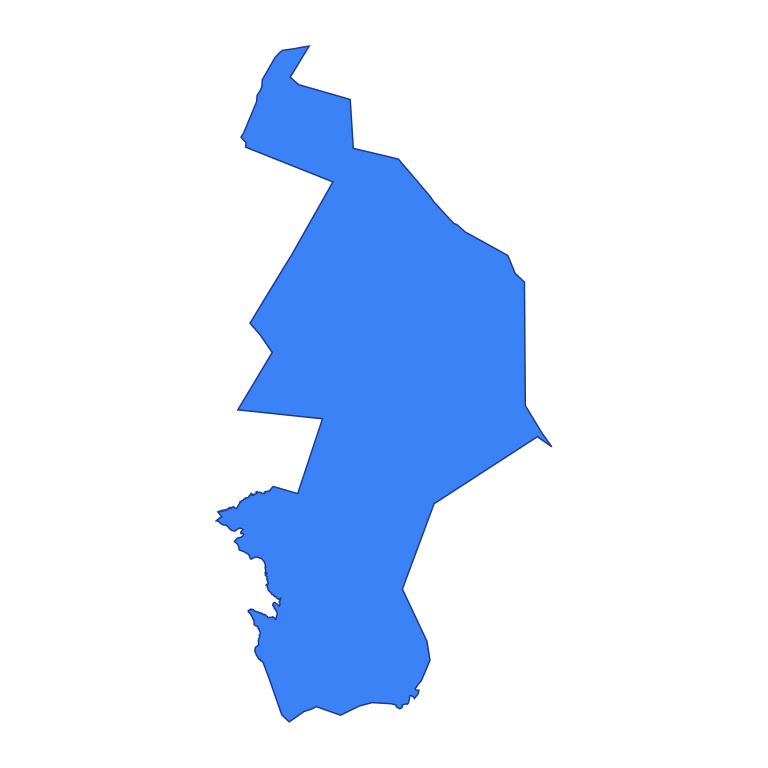 the district of Magdalena Tequisistlán, Oaxaca, Mexico
{"feature_id": "50627088B13357579545804", "entity_name": "Magdalena Tequisistlán", "entity_type": "district", "adm_level": 2, "iso_a3": "MEX", "parent_name": "Mexico", "parent_adm1": "Oaxaca", "projection": "robinson", "projection_center": [-95.732, 16.362], "detail": "fine", "context": "isolated", "style": "filled", "palette": "blue", "viewbox_px": 768, "rotation_deg": 0, "n_neighbors": 0, "source": "geoboundaries", "source_scale": "gbopen_adm2", "svg_char_len": 5863}
<svg xmlns="http://www.w3.org/2000/svg" viewBox="0 0 768 768"><path d="M289.2,721.9L304.0,711.5L312.0,708.9L316.2,706.6L340.5,715.2L359.6,705.9L372.1,702.6L390.6,703.7L395.7,704.8L395.8,705.2L396.3,706.7L399.9,708.8L402.2,707.3L402.2,705.1L405.7,703.9L407.5,704.2L408.4,702.9L409.5,698.6L409.7,696.0L410.8,695.5L413.2,696.8L414.5,698.5L418.0,694.0L419.0,690.3L416.2,690.1L415.1,688.9L418.2,684.4L421.2,680.9L424.8,672.6L430.0,660.3L426.9,641.1L421.5,629.7L402.4,589.1L434.1,503.7L495.9,463.6L537.4,436.7L551.8,446.8L542.3,433.5L525.3,405.6L525.3,403.1L524.5,288.2L524.5,283.5L524.5,282.2L518.4,276.4L515.0,273.2L513.4,269.1L507.8,255.5L478.0,239.0L465.4,232.1L456.7,224.5L453.9,223.5L446.7,215.9L433.9,201.9L430.2,196.5L398.4,159.1L364.5,151.0L356.0,149.0L353.3,148.4L350.5,104.1L350.2,99.5L341.6,97.0L298.7,84.7L290.2,77.2L306.1,51.1L309.2,46.1L306.0,46.6L302.3,47.1L294.9,48.6L282.5,50.4L281.7,51.1L279.7,52.5L275.0,57.6L262.3,79.7L261.8,86.9L260.1,90.7L257.1,95.4L256.6,101.7L251.9,113.1L243.8,132.6L241.0,137.2L246.1,142.8L245.6,147.1L253.7,150.4L332.9,181.9L292.0,254.3L276.7,279.2L250.0,323.2L258.5,333.0L260.0,334.7L262.1,337.7L272.2,352.5L237.8,409.9L243.0,410.4L322.5,418.8L297.7,493.6L273.2,486.5L271.9,487.8L269.3,491.2L267.9,491.2L265.6,491.6L264.8,492.0L265.5,492.5L264.3,493.5L263.6,493.3L262.0,493.6L261.6,492.9L260.1,492.3L259.1,492.2L258.0,492.5L257.6,492.1L257.0,491.5L256.0,492.1L256.3,492.7L256.6,493.5L255.5,494.1L253.5,494.3L253.7,495.1L252.9,495.4L252.0,495.3L251.9,494.3L251.3,493.4L250.3,494.3L249.7,495.8L249.0,496.1L248.7,497.2L247.6,497.7L246.6,497.9L246.0,498.3L245.8,497.9L245.3,498.1L244.8,499.1L243.7,499.2L243.1,500.3L242.2,500.6L241.3,501.0L241.1,501.9L240.0,501.8L239.9,502.7L239.2,503.9L238.2,505.6L236.6,508.5L236.3,508.4L235.5,508.2L234.4,507.8L233.6,506.6L233.2,506.9L232.7,507.2L232.0,507.2L231.6,507.8L231.2,507.9L231.0,508.4L230.5,508.2L230.1,507.6L229.3,507.5L229.2,508.3L228.2,508.6L228.1,509.2L227.6,509.0L227.1,509.3L226.6,509.8L226.1,509.9L225.8,510.6L225.2,510.4L225.2,510.0L224.2,509.8L223.5,510.1L222.9,511.0L222.3,510.7L222.0,510.9L221.7,510.4L221.0,510.7L221.0,511.3L220.0,511.7L219.6,511.1L218.9,511.3L218.7,511.9L217.9,512.0L221.7,516.8L220.5,517.5L219.4,518.1L216.2,520.8L218.3,521.2L219.7,522.5L221.2,523.9L223.5,525.1L225.6,524.9L227.9,526.6L229.2,528.3L230.8,529.9L233.1,530.8L235.3,531.0L237.0,529.4L238.7,528.3L240.7,528.2L242.3,528.9L242.9,529.8L241.8,530.8L241.0,531.8L240.7,532.4L240.7,533.0L240.9,533.3L241.2,533.7L241.6,533.7L242.1,533.5L242.7,533.4L243.4,533.7L243.7,534.4L243.2,535.4L242.3,536.4L241.1,537.1L240.0,537.5L239.0,537.7L238.1,537.9L237.2,538.2L236.5,539.1L236.0,539.7L235.6,540.2L235.1,540.8L234.5,541.2L234.5,541.5L234.9,542.0L235.7,542.5L237.2,543.8L237.9,544.9L238.5,546.2L238.8,547.8L239.1,549.5L239.7,550.2L242.3,551.0L243.8,551.6L248.5,554.4L249.3,555.8L249.7,557.1L250.2,558.3L250.9,559.0L251.4,559.1L252.2,558.7L253.0,558.2L253.9,557.7L254.8,557.3L255.7,557.0L257.5,557.2L258.9,557.7L260.0,558.1L261.3,558.6L262.1,559.1L262.7,560.0L263.3,560.7L264.1,561.4L264.3,561.5L264.5,562.5L265.1,564.1L265.3,565.2L265.3,566.0L265.4,566.4L265.6,566.6L266.0,567.0L265.8,567.3L265.4,567.2L265.2,567.1L265.1,567.4L265.1,567.7L265.2,568.0L265.3,568.6L265.4,569.2L265.5,569.8L265.6,570.6L265.6,571.1L265.7,571.6L265.6,572.0L265.2,572.4L265.1,572.6L265.0,573.0L265.7,573.2L266.1,573.2L266.8,573.1L267.1,573.3L266.8,573.8L265.5,574.5L265.3,574.8L265.3,575.1L265.5,575.4L265.9,575.8L266.4,576.1L266.6,576.6L267.0,576.9L267.3,577.2L267.2,577.6L266.9,578.4L266.8,579.2L267.2,579.6L267.1,580.1L267.4,580.5L267.6,581.3L267.7,582.2L268.1,583.0L268.3,583.6L268.3,583.9L267.9,584.0L267.5,584.3L266.9,584.2L266.6,584.4L266.5,584.8L266.1,585.1L266.1,585.3L267.2,585.7L267.4,586.2L267.2,586.9L267.6,587.7L267.8,588.5L268.1,588.9L268.1,589.5L268.6,590.5L269.5,591.4L270.3,592.1L270.9,593.0L271.6,593.2L271.9,594.5L272.3,594.7L273.0,594.7L273.7,595.2L274.0,595.6L274.1,596.1L274.8,596.6L275.2,596.5L275.8,596.5L276.0,596.9L276.3,597.4L276.4,597.8L276.8,598.1L277.2,598.1L277.6,598.5L278.1,599.0L279.1,599.4L279.8,599.2L280.2,599.0L280.3,598.5L280.4,598.2L280.6,598.2L280.8,598.3L280.6,598.8L280.2,599.4L280.2,600.3L280.1,600.9L279.4,601.2L279.1,601.7L279.3,602.3L279.9,603.1L279.9,603.7L279.8,604.5L279.8,605.4L279.5,606.2L279.2,606.2L278.7,605.5L277.3,604.4L276.2,603.5L275.7,603.0L275.0,602.6L274.7,602.4L274.1,602.6L273.5,603.1L273.3,603.7L273.2,604.0L272.9,604.1L272.8,605.5L273.5,606.2L273.5,606.6L274.3,606.8L274.4,608.6L275.2,609.2L275.3,609.6L275.7,609.7L275.9,610.6L276.6,611.3L276.9,611.9L277.2,614.5L275.6,619.3L274.8,619.0L274.6,618.2L273.4,617.3L272.6,616.7L272.4,616.9L272.1,617.2L270.5,617.5L269.8,617.3L268.4,617.5L267.7,617.3L267.1,616.4L265.8,615.6L265.3,614.8L264.6,614.4L262.7,614.5L262.3,613.5L260.9,613.1L260.4,612.8L259.1,613.0L258.4,612.1L257.0,611.8L255.1,611.2L254.3,610.9L253.5,609.7L252.0,609.3L250.8,609.3L250.1,609.4L250.0,610.3L248.8,610.3L248.3,610.5L248.4,612.0L249.5,613.0L250.0,613.1L250.4,614.1L251.0,614.4L251.1,614.7L251.2,615.6L251.9,616.3L252.6,617.8L252.9,619.0L253.7,619.7L253.8,620.0L253.8,620.6L254.2,622.4L254.3,623.1L254.2,623.5L254.1,624.5L255.5,625.7L256.5,626.1L257.2,626.3L257.7,626.6L258.0,627.4L258.4,629.0L259.0,628.9L259.2,629.8L259.5,630.9L259.7,631.2L260.0,631.7L260.4,633.5L260.1,634.0L259.2,635.3L259.7,636.5L259.6,636.8L258.6,639.4L258.3,640.6L258.5,641.7L258.6,642.7L258.7,643.6L258.5,644.8L258.2,645.3L257.7,645.5L257.4,646.2L256.8,646.4L255.4,647.4L255.2,648.6L254.9,649.3L255.0,650.4L255.3,651.2L254.9,651.7L255.9,653.5L256.3,654.8L256.4,655.3L256.8,655.8L258.0,657.3L258.0,657.7L258.2,658.2L258.4,658.5L258.8,658.8L258.8,659.0L259.3,659.3L260.1,659.3L260.3,660.2L260.6,660.6L261.4,661.2L261.9,661.3L262.1,661.5L262.5,661.7L263.0,662.4L263.2,662.7L268.8,677.6L281.8,714.9L289.2,721.9Z" fill="#3b82f6" stroke="#1e3a8a" stroke-width="1.5"/></svg>